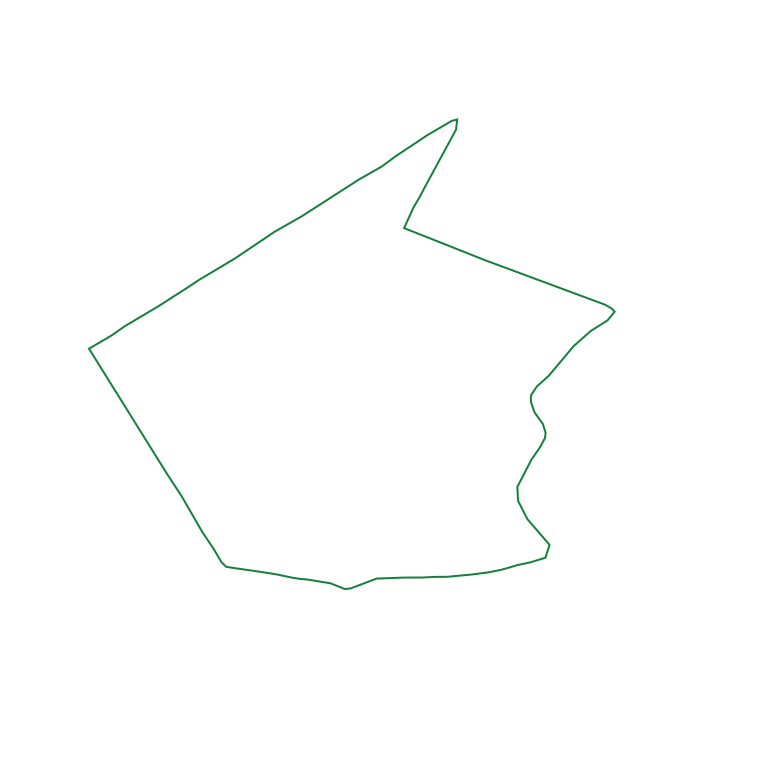 outline of Tactic, Alta Verapaz, Guatemala, rotated 314°
{"feature_id": "79465075B42752756974630", "entity_name": "Tactic", "entity_type": "district", "adm_level": 2, "iso_a3": "GTM", "parent_name": "Guatemala", "parent_adm1": "Alta Verapaz", "projection": "albers", "projection_center": [-90.334, 15.294], "detail": "fine", "context": "isolated", "style": "outline", "palette": "green", "viewbox_px": 768, "rotation_deg": 314, "n_neighbors": 0, "source": "geoboundaries", "source_scale": "gbopen_adm2", "svg_char_len": 1114}
<svg xmlns="http://www.w3.org/2000/svg" viewBox="0 0 768 768"><g transform="rotate(314 384 384)"><path d="M204.5,147.2L168.8,289.6L162.7,316.4L151.1,356.9L147.0,376.2L142.9,390.8L142.9,397.6L150.4,408.1L158.6,419.4L166.7,430.8L172.1,438.5L177.4,446.9L181.1,452.8L185.9,459.6L189.5,463.8L203.6,484.2L209.3,498.3L214.0,502.1L238.8,513.8L258.6,532.8L271.1,545.7L280.8,554.8L289.2,563.4L294.5,567.9L307.7,579.3L321.1,590.0L331.2,597.0L336.2,600.0L346.5,605.8L356.8,612.8L371.2,620.8L383.3,614.8L386.4,581.0L393.1,561.6L402.6,551.4L432.0,542.6L446.8,540.2L457.0,537.3L461.2,534.1L465.5,526.3L468.2,512.0L472.2,503.9L473.6,501.8L475.3,500.0L476.8,498.6L478.7,497.4L488.4,495.7L504.5,496.8L543.0,494.1L565.8,495.9L585.2,500.6L596.2,499.7L596.5,495.3L594.5,487.7L579.3,453.0L543.5,371.3L510.1,290.2L530.8,282.8L545.0,279.3L553.7,276.7L617.0,259.1L625.1,252.9L620.2,249.9L592.7,242.2L555.6,234.1L538.9,231.3L513.7,223.9L448.2,208.5L417.3,199.5L371.4,189.7L338.7,180.9L330.7,178.7L316.1,175.5L301.5,172.0L284.0,167.9L245.2,157.3L229.7,154.3L208.8,148.5L204.5,147.2Z" fill="none" stroke="#15803d" stroke-width="2"/></g></svg>